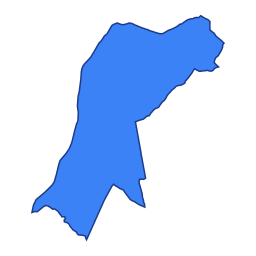 Pão de Açúcar, Alagoas, Brazil (Robinson projection), rotated 89°
{"feature_id": "56859067B78615369574980", "entity_name": "Pão de Açúcar", "entity_type": "district", "adm_level": 2, "iso_a3": "BRA", "parent_name": "Brazil", "parent_adm1": "Alagoas", "projection": "robinson", "projection_center": [-37.484, -9.662], "detail": "fine", "context": "isolated", "style": "filled", "palette": "blue", "viewbox_px": 256, "rotation_deg": 89, "n_neighbors": 0, "source": "geoboundaries", "source_scale": "gbopen_adm2", "svg_char_len": 2530}
<svg xmlns="http://www.w3.org/2000/svg" viewBox="0 0 256 256"><g transform="rotate(89 128 128)"><path d="M239.0,171.4L237.1,170.5L199.8,153.0L196.1,150.9L186.0,145.2L183.9,143.3L185.2,142.0L186.1,140.6L186.9,139.2L188.3,137.3L189.1,135.4L190.0,133.7L192.5,132.1L194.4,130.7L199.3,127.2L200.8,125.2L201.4,123.4L204.8,118.3L207.4,112.6L204.2,112.8L202.5,113.7L200.4,113.8L197.8,114.7L194.0,115.0L186.6,116.9L182.6,118.0L179.3,117.2L179.6,113.1L178.4,111.3L154.5,115.3L152.1,115.6L121.8,120.5L121.4,118.9L120.6,116.9L119.4,112.5L118.1,110.7L116.7,109.2L116.0,106.4L113.9,105.2L112.5,103.9L109.9,101.5L109.0,100.1L108.3,97.9L107.3,96.6L105.7,95.7L102.7,93.3L100.8,91.0L99.0,89.7L96.5,88.4L94.9,87.2L92.8,85.1L91.4,83.9L90.3,82.8L89.3,81.3L87.0,79.0L86.4,76.6L86.0,73.9L84.2,70.5L82.0,69.8L80.7,68.4L79.4,67.3L74.2,63.2L72.1,62.0L69.9,60.4L71.6,57.7L72.5,55.6L72.5,53.8L72.1,51.6L72.1,49.7L71.7,47.7L72.5,45.4L72.5,43.2L71.7,41.8L69.9,40.4L69.1,38.7L68.5,36.4L66.9,38.1L65.0,39.9L63.6,40.7L61.2,40.0L59.3,39.1L57.4,36.6L54.8,35.0L52.4,33.5L48.8,32.0L46.4,31.8L44.8,30.5L42.5,32.8L37.8,38.3L34.7,40.3L32.8,42.8L31.4,44.3L26.7,44.4L23.1,44.2L21.1,46.1L19.5,49.5L17.0,53.3L18.8,55.3L18.7,57.4L18.8,59.2L19.8,61.3L20.1,64.1L20.9,66.6L21.9,68.2L23.3,70.3L24.9,72.5L25.2,74.6L26.5,75.9L27.9,78.2L28.8,80.1L29.6,81.7L30.4,84.1L31.3,86.4L32.5,88.4L33.8,90.6L34.4,92.5L34.2,94.8L33.5,97.3L32.6,100.0L31.8,102.2L31.3,104.2L30.1,106.2L29.5,108.5L28.8,110.1L28.3,111.8L27.5,113.5L26.9,115.2L25.9,117.2L25.0,119.6L23.7,121.8L23.0,124.9L23.6,126.7L24.1,128.4L24.6,130.7L24.4,133.0L23.4,135.4L22.8,137.1L24.2,140.6L25.2,142.3L30.3,145.4L33.4,147.2L35.6,150.0L40.4,153.2L42.4,155.4L51.3,160.7L52.8,161.7L56.6,164.0L62.9,170.1L64.9,171.7L68.2,173.1L71.1,173.7L77.7,174.2L90.7,176.1L93.3,176.8L95.4,177.3L105.2,178.2L111.4,177.4L119.0,177.9L121.1,178.3L122.7,179.3L128.6,181.0L131.1,181.7L139.3,183.8L142.7,184.9L148.0,187.3L152.8,190.7L158.0,195.4L159.4,196.5L163.1,197.8L171.2,199.9L172.9,200.3L176.4,201.4L179.1,202.2L180.7,202.7L184.0,205.1L188.9,210.2L191.6,213.2L198.0,221.1L202.7,223.5L204.4,224.1L210.8,225.5L209.9,222.7L210.1,220.1L205.1,213.8L204.1,211.7L204.5,209.4L206.3,206.7L207.9,204.7L207.6,202.7L208.8,201.2L210.1,199.4L212.1,198.2L213.6,196.9L215.7,195.6L215.6,192.9L217.3,192.1L218.8,193.4L220.7,193.3L221.7,190.3L223.1,188.6L225.4,187.6L226.9,186.3L229.0,184.7L230.1,182.9L231.2,181.3L232.7,180.7L234.0,179.5L234.2,177.2L234.7,174.2L235.4,172.3L237.1,172.3L239.0,171.4Z" fill="#3b82f6" stroke="#1e3a8a" stroke-width="1.5"/></g></svg>